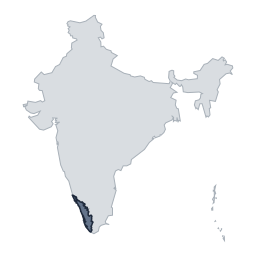 where Kerala sits in India
{"feature_id": "IND-2442", "entity_name": "Kerala", "entity_type": "State", "adm_level": 1, "iso_a3": "IND", "parent_name": "India", "parent_adm1": "", "projection": "orthographic", "projection_center": [76.221, 10.533], "detail": "fine", "context": "in_parent", "style": "filled", "palette": "slate", "viewbox_px": 256, "rotation_deg": 0, "n_neighbors": 0, "source": "natural_earth", "source_scale": "10m", "svg_char_len": 7860}
<svg xmlns="http://www.w3.org/2000/svg" viewBox="0 0 256 256"><path d="M23.2,104.6L27.4,103.8L27.9,101.1L35.5,102.4L40.6,100.6L42.3,102.0L44.8,100.7L42.2,90.6L39.4,90.3L38.3,88.6L38.9,83.9L34.3,82.0L34.7,79.0L41.3,72.0L44.1,74.6L51.9,72.7L55.5,66.6L59.6,64.5L63.2,57.5L66.3,56.3L66.9,53.7L72.2,49.1L71.4,47.9L71.8,43.1L77.1,40.1L76.5,38.9L72.7,37.9L72.6,35.9L70.5,35.8L70.2,34.1L68.1,32.6L69.2,30.2L68.1,28.6L70.0,26.9L67.6,25.9L68.1,24.7L66.9,23.7L68.1,21.6L70.4,20.8L79.9,22.8L85.9,21.1L93.9,15.4L95.5,15.5L95.3,17.2L97.6,22.0L102.0,24.2L100.4,26.4L101.0,30.3L103.3,32.7L104.1,37.8L102.0,38.9L100.5,37.1L98.3,37.7L100.8,42.0L101.0,46.8L103.5,46.2L106.3,49.3L111.0,50.8L111.4,52.5L117.3,55.6L113.1,59.0L111.0,66.0L124.1,73.3L130.1,74.7L130.6,75.9L134.7,77.0L140.4,75.9L144.3,77.3L144.9,79.3L149.1,81.5L151.4,80.7L153.2,82.5L169.2,83.7L170.2,81.0L168.6,77.8L169.1,71.4L172.0,70.2L173.7,70.8L173.7,74.6L174.9,76.1L173.9,77.3L177.1,80.0L181.6,80.7L185.6,79.0L188.5,79.8L197.3,78.7L197.5,75.3L193.8,73.4L193.8,71.8L200.1,70.5L204.1,64.4L207.5,63.4L212.7,58.6L218.2,60.4L222.0,56.9L224.4,58.3L223.1,59.7L223.4,60.9L225.2,59.8L226.6,62.0L225.1,64.8L227.2,64.3L232.4,65.9L232.8,68.0L230.2,71.0L232.4,74.6L229.6,73.0L226.0,73.8L219.5,79.5L220.1,83.9L217.1,89.8L218.3,91.9L215.4,101.4L209.5,100.3L210.7,107.7L209.3,108.5L210.0,114.9L208.4,117.0L206.9,115.9L206.0,117.2L202.1,103.7L199.8,103.8L198.2,109.6L196.7,107.9L195.9,108.7L194.4,104.9L195.4,100.8L199.0,99.8L200.4,98.0L200.9,94.2L202.5,93.6L199.3,92.0L187.8,92.6L183.3,91.8L182.7,86.7L181.4,84.6L180.7,86.2L179.4,86.3L176.5,83.2L175.3,84.5L171.8,82.2L172.4,83.7L170.2,87.6L177.0,92.3L173.4,93.0L170.7,97.6L176.1,100.2L175.3,105.0L176.8,108.3L178.3,108.8L180.3,121.0L178.8,120.4L178.1,121.7L177.0,117.4L176.8,121.1L174.6,120.4L173.4,121.5L173.6,117.4L171.6,115.6L173.4,117.5L172.0,120.0L165.8,122.8L164.2,125.0L165.4,129.3L163.9,132.5L161.2,135.1L160.2,134.7L160.0,136.0L155.2,137.8L154.6,136.2L152.7,137.3L152.3,138.7L154.3,138.3L149.3,142.5L144.5,149.4L131.4,159.5L130.7,163.9L126.9,165.8L123.2,165.8L120.9,170.6L118.2,169.5L115.5,171.0L113.7,176.3L115.9,189.2L114.7,187.4L113.9,188.3L116.2,190.2L111.3,207.1L112.5,208.0L112.5,215.2L108.3,215.8L105.3,221.5L106.0,223.4L109.2,224.5L105.7,223.9L101.2,225.3L99.3,227.0L98.3,231.2L93.9,233.7L90.2,231.8L86.0,227.0L84.2,222.5L83.5,218.6L85.3,221.8L84.4,218.6L79.4,206.8L73.2,197.0L68.8,181.1L65.4,176.4L64.5,171.6L63.3,171.2L60.7,165.0L57.4,147.2L58.4,144.2L58.2,143.1L57.1,144.5L56.9,143.7L57.0,141.9L58.3,142.1L56.8,141.4L56.0,137.6L57.8,130.8L55.9,125.1L56.8,124.4L55.8,124.4L59.7,122.1L55.4,122.5L56.6,120.3L55.3,120.3L55.5,118.8L57.5,118.2L52.7,117.9L53.4,119.3L51.5,121.5L53.1,123.8L51.2,126.8L43.6,130.1L39.5,129.2L28.5,117.3L29.2,116.1L30.8,117.4L37.7,115.2L40.2,111.1L33.9,113.6L30.7,112.9L26.4,110.0L24.9,106.9L27.7,104.8L23.6,106.7L23.2,104.6ZM214.1,201.9L212.5,199.3L214.3,196.3L214.2,187.0L215.7,185.4L214.6,190.4L215.7,193.6L214.7,194.5L214.1,201.9ZM224.3,236.7L224.5,240.6L223.1,238.5L224.3,236.7ZM212.8,210.1L211.8,210.2L211.6,208.5L212.7,207.3L212.8,210.1ZM220.6,230.5L220.5,231.6L220.2,230.6L220.6,230.5ZM221.7,228.8L221.3,230.4L221.4,228.7L221.7,228.8ZM223.2,235.3L222.8,236.5L222.5,236.1L223.2,235.3ZM215.7,221.2L215.0,221.4L215.4,220.7L215.7,221.2ZM213.9,202.6L213.2,203.2L213.5,202.2L213.9,202.6ZM216.1,197.7L216.5,198.8L215.7,198.0L216.1,197.7ZM218.7,228.7L218.0,228.5L218.3,227.9L218.7,228.7ZM213.5,190.4L213.2,191.6L213.3,190.3L213.5,190.4Z" fill="#d9dde1" stroke="#a8b0b8" stroke-width="1"/><path d="M75.3,201.4L75.3,201.5L75.2,201.5L75.1,201.4L75.0,201.0L74.7,200.3L74.6,199.9L74.7,199.6L74.4,199.8L74.4,199.6L74.4,199.4L74.2,199.1L73.7,198.2L73.5,197.8L73.5,197.6L73.2,197.2L72.6,195.6L72.4,195.3L72.8,195.2L73.0,195.2L73.2,195.3L73.3,195.6L73.6,195.7L73.6,195.8L73.8,196.0L74.0,195.8L74.4,196.0L74.4,196.4L74.5,196.4L74.5,196.5L74.7,196.4L74.8,196.4L74.9,196.6L75.0,196.7L75.3,196.6L75.8,196.7L75.7,196.9L75.6,197.0L75.7,197.3L75.8,197.5L76.1,197.7L76.4,197.7L76.5,197.7L76.5,197.9L76.3,198.0L76.3,198.3L76.5,198.6L76.7,199.2L77.0,199.2L77.1,199.3L77.9,200.2L78.0,200.3L78.4,200.5L78.6,200.8L78.9,200.8L79.2,201.0L79.3,201.0L79.5,201.0L79.7,201.4L79.8,201.5L80.0,201.7L80.1,201.9L80.2,202.0L80.5,202.0L80.8,202.1L81.3,202.2L81.7,202.0L82.0,201.9L82.3,202.0L82.2,202.6L82.4,202.7L82.5,202.8L82.7,202.7L82.9,202.7L83.1,202.8L83.3,203.2L83.5,203.2L83.9,203.5L84.1,203.7L84.3,203.7L84.6,203.7L84.8,203.9L84.8,204.2L84.9,204.4L84.9,204.5L84.7,204.6L84.4,204.9L84.3,205.0L84.1,205.0L83.7,204.9L83.4,205.0L83.5,205.2L83.4,205.5L83.5,205.7L83.6,205.9L84.0,205.9L84.9,206.2L85.2,206.5L85.5,206.6L85.7,206.9L85.9,207.0L85.4,207.6L85.2,207.9L85.1,208.0L85.3,208.1L85.6,208.0L85.9,208.2L86.7,208.1L86.9,208.0L87.2,207.8L87.2,208.1L87.1,208.4L87.2,208.5L87.4,208.7L87.6,209.2L87.7,209.4L87.8,209.4L87.7,209.5L87.3,209.5L87.2,209.5L87.0,209.9L87.0,210.2L87.1,210.3L87.4,210.5L87.8,210.6L88.2,210.9L88.5,211.3L88.7,211.5L88.7,212.0L88.6,212.4L88.5,212.6L88.4,212.6L88.2,212.7L88.2,212.8L88.2,213.5L88.2,213.9L88.1,214.2L88.1,214.4L88.2,214.7L88.3,214.9L88.4,215.0L88.3,215.4L88.7,215.7L89.0,216.0L89.3,216.2L89.5,216.1L89.8,215.9L90.2,215.5L90.7,215.3L91.0,215.2L91.3,215.3L91.6,215.7L91.6,216.0L91.9,216.3L91.9,216.6L91.5,217.5L91.6,217.8L91.7,218.3L91.7,218.5L91.5,218.9L91.5,219.0L91.6,219.7L91.6,219.8L91.2,221.2L91.2,221.3L91.5,221.5L91.8,221.6L92.1,221.4L92.4,221.4L92.5,221.5L92.6,221.8L92.9,222.1L92.9,222.4L92.6,222.7L92.4,223.4L92.2,223.7L91.7,225.2L91.5,225.7L91.4,225.9L91.0,226.2L91.0,226.3L91.3,227.1L91.6,227.3L91.6,228.0L91.1,228.6L91.2,229.1L91.3,229.4L91.7,229.7L91.9,229.8L91.9,230.0L91.8,230.3L91.7,230.5L91.4,230.4L91.3,230.5L91.4,230.9L91.3,231.2L91.2,231.4L91.1,231.5L91.0,231.9L90.9,232.0L90.7,232.0L89.6,231.4L89.4,231.1L88.7,230.1L88.3,229.7L88.2,229.5L87.6,228.8L87.5,228.6L87.2,228.3L86.9,227.8L86.8,227.7L86.1,227.1L86.0,226.9L86.2,227.0L86.4,226.9L86.6,226.8L86.3,226.9L86.2,226.8L86.2,226.7L86.4,226.5L86.5,226.4L86.9,226.5L86.9,226.4L86.7,226.3L87.0,226.2L86.9,226.1L86.7,226.2L86.6,226.3L86.3,226.2L86.2,226.2L86.1,226.5L86.1,226.4L86.1,226.2L86.0,226.3L85.9,226.4L85.9,226.5L85.7,226.2L85.5,225.7L85.3,225.3L85.3,225.1L85.5,224.8L85.4,224.9L85.4,225.0L85.2,224.5L85.0,224.2L84.9,224.2L84.9,224.3L85.2,224.9L85.2,225.0L84.5,223.5L84.1,222.2L83.9,221.0L84.0,220.8L83.8,219.6L83.6,219.0L83.6,218.9L83.5,218.4L83.9,218.6L83.9,218.8L83.7,218.7L83.6,218.8L83.7,219.0L83.8,219.1L83.9,218.9L83.9,219.0L83.8,219.3L84.0,219.2L84.3,220.5L84.4,220.2L84.3,219.7L84.2,219.3L84.2,219.1L84.3,219.1L84.5,219.5L84.5,219.9L84.5,220.3L84.6,220.5L84.8,220.6L84.7,220.8L84.6,221.1L84.4,221.8L84.5,221.9L85.0,222.1L85.3,222.1L85.6,221.8L85.2,221.6L84.9,221.5L85.0,221.3L84.9,221.0L84.9,220.6L84.8,220.4L84.8,220.1L84.6,219.8L84.7,219.6L84.8,219.5L84.8,219.3L84.5,218.8L84.5,218.7L84.2,218.4L83.9,218.4L83.8,218.2L83.7,217.9L83.8,217.7L83.6,217.6L83.6,217.2L83.4,217.1L83.3,216.9L83.2,217.0L83.4,217.5L83.4,217.8L83.5,218.1L83.4,218.0L83.3,217.8L83.0,217.1L83.1,216.8L83.0,216.7L83.4,216.4L83.5,216.3L83.5,216.2L83.4,216.1L83.2,215.8L83.2,216.1L83.3,216.2L83.2,216.4L82.9,216.4L82.8,216.2L82.7,215.9L82.5,215.2L82.4,214.8L82.1,214.5L82.0,213.8L81.9,213.7L81.6,213.4L81.6,213.0L81.1,212.0L81.0,211.8L80.9,211.7L81.0,211.6L80.9,211.4L80.7,211.0L80.6,210.4L80.2,209.0L79.5,207.3L79.4,207.1L79.5,206.9L79.3,206.8L79.3,206.7L79.1,206.4L79.0,206.1L78.9,206.0L78.5,205.9L78.4,205.8L78.4,205.5L78.2,205.3L78.3,205.2L77.8,204.1L77.6,203.8L76.6,202.7L76.4,202.8L76.4,202.6L76.2,202.4L76.0,202.2L76.8,202.3L76.8,202.2L76.7,202.1L76.7,201.8L76.5,202.0L76.4,202.0L76.2,202.0L76.0,201.9L75.8,201.6L76.1,201.5L76.2,201.4L76.0,201.2L76.0,200.8L76.2,200.7L76.3,200.8L76.6,200.5L76.8,200.5L76.8,200.4L76.6,200.4L76.4,200.5L76.2,200.4L76.0,200.6L75.9,200.6L75.8,200.8L75.5,200.7L75.4,200.8L75.3,201.4Z" fill="#64748b" stroke="#1e293b" stroke-width="1.5"/></svg>